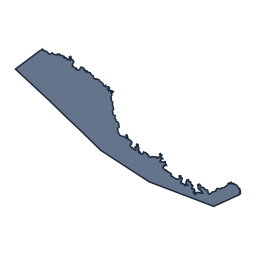 East Choiseul, Choiseul, Solomon Islands (Albers equal-area conic projection)
{"feature_id": "97153195B70410485956536", "entity_name": "East Choiseul", "entity_type": "district", "adm_level": 2, "iso_a3": "SLB", "parent_name": "Solomon Islands", "parent_adm1": "Choiseul", "projection": "albers", "projection_center": [157.222, -7.098], "detail": "fine", "context": "isolated", "style": "filled", "palette": "slate", "viewbox_px": 256, "rotation_deg": 0, "n_neighbors": 0, "source": "geoboundaries", "source_scale": "gbopen_adm2", "svg_char_len": 5869}
<svg xmlns="http://www.w3.org/2000/svg" viewBox="0 0 256 256"><path d="M239.5,194.6L239.4,193.9L240.3,193.7L240.6,193.2L239.6,192.3L239.8,191.7L240.3,191.7L240.5,190.6L239.3,189.5L239.3,189.2L239.8,189.0L239.7,188.5L238.1,187.5L237.1,185.7L236.0,184.7L235.5,184.7L234.2,183.8L233.7,184.2L233.4,183.7L233.0,183.7L232.8,183.2L231.6,183.7L231.4,183.1L231.1,183.1L231.1,182.7L230.5,183.4L230.4,182.8L229.6,182.6L229.4,182.8L229.6,183.5L229.1,183.6L228.9,183.2L228.3,183.9L227.8,183.9L227.2,185.6L226.8,186.0L225.5,186.3L224.4,187.5L221.7,188.0L220.6,188.8L219.6,188.5L218.2,188.8L217.7,188.4L217.2,188.4L216.3,189.3L215.9,190.6L215.5,191.3L214.2,191.4L213.2,192.0L212.7,191.9L211.7,192.4L210.1,194.0L209.5,193.6L209.1,193.9L208.7,193.8L208.0,193.0L208.1,192.2L207.7,190.3L207.1,189.9L205.9,189.9L205.5,189.4L204.9,189.2L203.6,187.5L201.3,187.3L200.9,186.9L200.5,185.2L199.8,185.0L199.5,184.2L198.7,184.2L198.3,184.4L198.8,184.6L198.7,185.2L197.8,186.0L198.4,187.3L198.0,188.3L198.3,188.8L199.9,188.7L199.5,189.3L199.8,189.5L199.6,189.9L200.2,189.9L200.9,190.8L200.8,191.1L201.7,191.8L201.6,192.3L202.2,192.1L202.6,193.2L201.3,193.4L200.7,192.9L200.1,193.3L199.9,193.2L200.1,193.1L198.8,192.3L198.0,192.2L196.7,192.8L195.8,192.6L195.4,193.2L195.9,194.3L194.5,194.3L193.9,193.3L194.2,192.5L193.3,192.0L195.1,190.8L194.2,190.0L194.3,189.2L193.3,188.5L192.9,189.0L192.0,189.1L191.7,188.1L192.0,187.9L192.0,186.8L192.6,186.4L192.0,185.6L192.6,185.3L191.0,184.1L190.6,181.8L189.9,181.6L189.4,181.9L188.5,181.1L186.8,180.3L186.9,180.9L186.1,181.6L186.3,182.1L185.8,183.6L187.4,185.1L185.4,184.7L185.3,185.6L184.7,185.6L184.2,184.3L183.4,183.8L181.4,183.7L180.6,182.7L180.6,182.2L181.3,182.7L181.7,182.2L181.3,180.3L181.7,180.1L181.6,179.5L182.3,178.9L182.2,178.2L181.7,177.7L181.0,177.7L179.7,178.2L178.0,179.3L177.3,179.1L176.8,179.3L176.0,178.6L175.5,178.6L173.0,177.0L172.8,176.5L173.2,176.2L171.5,176.5L171.0,176.3L170.5,175.2L171.4,174.5L171.1,173.7L170.4,173.4L170.3,173.0L168.6,172.0L168.2,172.2L167.7,172.1L167.1,171.5L167.0,170.8L166.1,170.2L165.5,170.5L165.0,170.2L165.1,169.8L164.7,169.3L163.7,169.0L162.8,167.5L163.3,167.4L163.2,167.0L164.0,166.3L164.0,166.0L164.8,166.5L164.1,165.3L164.5,165.2L165.1,165.5L166.3,165.5L165.9,165.1L166.2,164.6L165.4,162.9L165.3,161.6L164.7,161.5L164.2,161.8L164.3,162.3L163.8,162.5L162.2,161.8L161.4,162.0L160.2,161.8L160.4,161.5L160.1,161.2L160.8,160.9L161.0,160.2L160.8,160.1L160.8,159.3L161.4,159.3L162.0,158.7L162.8,158.7L162.3,158.0L161.7,158.0L160.6,156.4L160.7,156.0L161.6,155.7L161.6,155.1L161.9,154.9L161.7,154.6L160.6,154.7L160.2,154.3L160.3,153.6L159.8,153.7L159.6,154.4L160.0,154.5L160.1,156.3L158.3,157.3L158.5,157.6L158.2,158.0L157.4,158.2L157.1,158.1L157.0,157.5L156.6,157.5L156.7,157.2L156.0,156.7L154.6,157.1L152.3,156.5L151.8,156.6L152.0,157.0L151.6,157.3L149.9,157.2L149.3,157.0L148.7,156.1L148.8,155.4L148.3,155.4L147.5,154.3L147.1,154.3L147.3,154.0L146.7,153.3L145.4,152.6L143.4,152.0L143.2,152.4L143.5,153.1L143.3,153.4L142.6,154.0L141.4,154.1L140.7,154.0L140.2,153.5L140.1,153.0L140.5,152.8L139.9,151.9L139.3,151.8L139.0,152.5L138.7,152.2L138.4,151.4L138.8,151.1L139.0,150.3L138.3,150.2L138.2,149.7L138.9,147.9L137.8,146.3L138.4,145.5L138.0,144.7L137.3,144.9L137.4,144.3L137.0,144.0L136.8,144.0L136.3,145.1L137.0,145.8L136.9,146.5L135.0,147.0L135.8,148.4L135.9,149.7L135.2,149.6L135.0,150.0L134.0,149.2L134.0,148.9L133.0,148.6L132.7,147.6L131.3,147.3L130.1,145.8L130.4,145.5L130.6,144.5L131.5,144.2L131.2,142.7L131.4,142.5L131.9,142.6L131.9,142.3L130.6,140.4L129.4,140.1L128.6,139.0L127.4,138.2L126.5,138.6L126.2,138.1L124.0,136.4L121.5,136.1L120.2,135.6L118.2,132.3L117.6,129.8L118.0,127.9L119.2,127.0L118.9,126.2L118.8,123.8L117.8,122.1L116.1,121.1L115.7,120.6L115.9,119.4L115.2,118.9L114.8,118.0L115.2,115.7L113.6,115.1L112.8,113.8L113.0,113.2L112.4,111.2L112.5,110.5L113.4,109.6L113.6,108.7L112.4,104.7L112.7,102.6L112.3,101.5L111.5,101.1L111.2,100.5L111.0,99.4L111.3,99.5L111.5,98.9L110.8,97.0L111.9,95.2L111.7,94.5L111.9,93.5L111.3,93.1L111.4,92.8L110.6,91.8L110.6,91.4L109.7,90.8L109.0,90.9L109.2,90.3L108.3,89.8L108.8,89.6L108.2,88.9L109.1,88.8L109.5,87.7L108.4,87.1L108.4,86.8L105.8,86.6L105.5,86.4L105.5,85.9L105.3,86.2L105.0,85.6L104.3,86.0L103.3,85.5L103.4,84.9L103.0,83.7L101.8,82.4L100.1,81.6L99.0,79.8L96.9,78.9L96.3,79.3L95.4,79.3L95.4,79.1L96.2,79.0L95.1,78.8L93.8,78.1L93.3,77.2L93.3,76.1L93.0,75.6L91.6,75.1L90.9,74.2L90.8,73.7L91.2,73.2L90.6,73.5L89.9,73.1L90.1,72.8L88.3,72.2L87.3,71.6L87.2,71.1L86.4,71.1L86.4,71.3L86.0,70.7L85.7,70.7L85.5,71.0L85.5,70.6L84.7,70.3L84.2,70.4L84.0,71.1L84.5,69.0L83.8,68.8L83.9,68.5L82.8,67.5L81.2,67.1L80.5,67.3L80.0,69.3L78.3,70.1L77.2,69.6L76.0,67.9L75.3,68.0L75.4,68.4L72.8,66.0L72.4,66.2L72.7,63.7L73.3,62.5L73.7,62.5L73.9,61.7L72.9,60.2L71.3,59.1L71.4,58.6L70.3,58.6L70.5,60.2L69.5,60.3L68.4,59.8L68.5,59.2L67.6,59.7L67.3,59.2L66.9,59.2L66.6,58.3L66.3,58.4L65.8,58.0L65.4,58.1L65.5,57.7L65.1,57.7L64.7,57.1L63.9,57.5L64.0,56.4L63.2,56.3L62.4,55.4L60.5,55.5L60.2,55.1L59.9,55.1L59.9,54.2L59.5,54.2L59.5,54.6L59.0,54.8L58.9,54.5L58.4,54.6L58.3,54.1L57.9,53.9L57.7,54.1L58.0,54.5L57.7,54.8L56.6,54.8L56.2,54.5L54.5,54.7L52.0,52.8L50.8,54.0L49.6,54.4L48.5,53.3L48.2,53.4L48.0,52.7L46.3,51.2L45.3,51.2L45.1,51.5L43.9,50.2L42.9,49.6L43.1,50.0L42.6,50.3L41.8,50.3L41.3,50.0L40.3,50.4L15.4,69.1L48.5,99.8L67.1,117.9L80.7,130.7L100.8,150.4L149.1,181.8L213.7,206.4L239.5,194.6ZM127.5,136.5L127.2,135.1L125.9,135.1L126.6,137.0L126.5,138.1L127.2,138.0L127.2,137.4L126.6,136.4L126.8,136.1L127.5,136.5ZM71.1,57.1L70.5,56.3L69.6,56.8L69.3,57.1L69.5,58.2L70.1,58.3L70.9,57.8L71.1,57.1ZM113.4,91.8L112.1,90.7L111.1,90.5L111.5,90.9L111.6,91.6L112.1,92.1L113.0,92.3L113.4,91.8ZM181.0,175.9L179.3,175.8L179.2,176.9L179.5,177.0L181.0,176.5L181.0,175.9ZM188.6,179.8L187.9,179.6L187.7,180.0L188.2,180.3L188.6,179.8Z" fill="#64748b" stroke="#1e293b" stroke-width="1.5"/></svg>